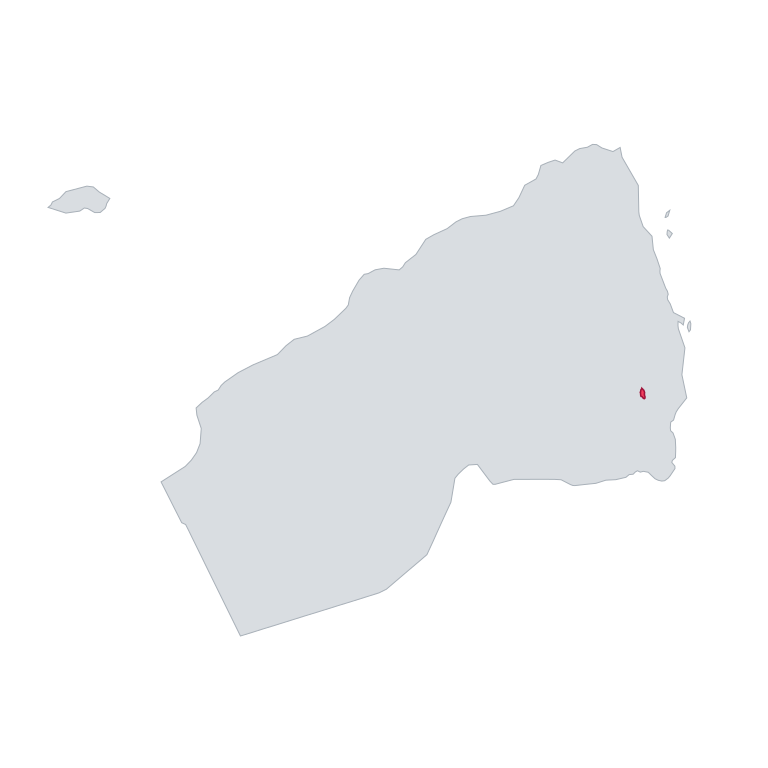 location of Al Madan, Amran, Yemen, rotated 173°
{"feature_id": "15242507B28898961635251", "entity_name": "Al Madan", "entity_type": "district", "adm_level": 2, "iso_a3": "YEM", "parent_name": "Yemen", "parent_adm1": "Amran", "projection": "equal_earth", "projection_center": [43.615, 16.232], "detail": "fine", "context": "in_parent", "style": "filled", "palette": "rose", "viewbox_px": 768, "rotation_deg": 173, "n_neighbors": 0, "source": "geoboundaries", "source_scale": "gbopen_adm2", "svg_char_len": 3985}
<svg xmlns="http://www.w3.org/2000/svg" viewBox="0 0 768 768"><g transform="rotate(173 384 384)"><path d="M617.2,314.0L591.3,326.4L584.5,331.9L578.4,338.7L573.8,347.2L570.8,362.1L573.5,375.8L573.4,383.1L566.7,388.0L560.4,391.5L553.5,396.8L549.3,398.2L545.8,402.4L541.8,405.4L527.3,413.1L511.5,419.0L486.2,426.2L476.5,434.0L467.7,439.3L454.2,440.9L435.6,448.3L425.4,454.2L412.6,463.8L409.8,466.8L407.6,473.9L403.7,480.1L396.1,490.1L390.3,495.3L386.4,495.5L378.9,498.4L370.0,498.9L355.0,495.4L351.2,497.9L348.0,501.8L336.5,508.7L324.9,522.5L316.3,526.1L302.4,530.5L292.7,536.2L286.2,538.5L277.8,539.7L262.2,539.1L247.5,541.2L233.8,545.1L227.4,552.5L220.1,564.1L208.1,569.0L205.3,573.1L201.6,581.8L193.9,584.0L186.9,585.4L179.7,581.7L166.2,592.0L161.1,593.8L153.3,594.2L147.8,596.4L143.8,595.7L138.9,591.7L128.4,586.8L120.8,590.0L120.1,580.1L107.4,550.1L110.1,524.0L110.1,520.3L107.6,508.6L100.0,498.0L100.3,484.5L97.8,474.9L95.8,465.0L96.4,462.3L96.5,460.0L92.7,444.7L91.4,441.6L91.0,438.4L92.2,436.0L92.2,433.2L90.1,428.5L88.0,419.6L77.7,412.6L79.8,406.1L81.8,408.4L84.5,410.3L85.1,406.1L85.1,402.9L80.9,383.2L87.2,356.9L85.2,333.3L94.9,323.7L97.3,320.8L98.7,318.3L101.0,312.9L104.1,311.2L105.2,305.5L105.2,302.7L103.1,300.2L101.6,293.6L102.2,285.3L102.7,281.7L103.7,275.4L107.1,273.0L107.9,271.1L105.3,267.0L105.5,264.6L111.3,257.9L113.5,255.9L117.2,253.8L120.1,253.8L123.5,255.0L126.5,256.9L129.4,260.3L132.5,264.2L137.2,265.7L140.4,265.3L143.0,267.0L145.2,266.1L147.7,264.1L151.7,264.2L155.3,261.9L165.6,260.8L175.5,261.5L185.8,259.6L196.1,259.8L206.5,259.9L208.8,260.2L211.1,261.4L219.9,267.4L226.6,268.6L239.9,270.3L254.2,272.0L266.6,273.5L277.1,272.1L285.8,270.9L288.1,271.2L290.8,274.9L296.1,284.1L301.1,292.8L309.8,293.3L315.3,290.0L321.4,285.4L325.1,281.8L329.3,267.6L332.0,258.5L338.4,248.2L343.7,239.6L350.7,228.1L354.5,221.8L362.2,209.4L369.5,204.5L383.7,195.2L397.6,186.0L406.7,180.0L414.4,177.3L427.4,174.9L442.6,172.1L457.8,169.4L474.1,166.4L492.2,163.2L504.6,160.9L520.4,158.0L533.5,155.7L545.2,153.5L557.2,151.4L559.6,158.3L562.0,165.2L564.4,172.1L566.8,179.0L569.2,185.9L571.6,192.8L574.0,199.7L576.4,206.6L578.8,213.5L581.2,220.4L583.6,227.3L586.0,234.3L588.4,241.2L590.8,248.1L593.2,255.0L595.6,262.0L598.0,268.7L601.7,271.0L604.0,277.4L607.3,286.5L610.6,295.7L613.9,304.9L617.2,314.0ZM656.8,594.3L660.0,595.2L664.9,592.7L678.9,592.4L695.9,600.2L692.7,602.3L690.9,605.1L683.5,607.7L676.2,613.7L654.8,616.6L648.5,615.0L643.2,609.2L633.5,601.6L637.3,596.8L638.1,594.6L639.4,592.4L644.8,588.8L650.2,589.4L656.8,594.3ZM84.3,500.8L83.7,502.3L82.7,501.9L79.5,498.2L83.0,494.0L84.9,497.9L84.3,500.8ZM74.2,407.7L72.6,409.2L72.1,406.5L73.2,400.4L74.9,398.7L76.0,403.2L75.3,405.7L74.2,407.7ZM82.7,519.5L79.2,521.6L81.6,516.1L84.0,514.9L84.7,515.1L82.7,519.5Z" fill="#d9dde1" stroke="#a8b0b8" stroke-width="1"/><path d="M126.9,346.2L127.0,346.3L127.3,346.5L127.5,346.7L127.7,346.9L127.7,347.0L127.8,347.1L127.9,347.4L127.9,347.5L128.1,347.6L128.2,347.8L128.4,348.0L128.6,348.3L128.8,347.6L129.1,347.5L129.2,347.4L129.3,347.4L129.5,347.3L129.6,347.0L129.8,346.7L130.0,346.1L130.0,345.9L130.1,345.5L130.2,345.3L130.3,345.0L130.3,344.9L130.5,344.9L130.7,344.6L130.6,344.3L130.6,343.8L130.5,343.4L130.5,343.0L130.5,342.6L130.6,342.4L130.6,342.0L130.6,341.6L130.6,341.2L130.6,340.8L130.4,340.5L130.3,340.3L130.0,340.3L129.9,340.2L129.5,340.1L129.3,339.9L129.1,339.5L129.0,339.4L128.8,339.0L128.7,339.0L128.7,338.6L128.2,338.3L128.0,338.0L127.8,337.9L127.6,337.7L127.3,337.7L127.0,337.9L126.7,338.2L126.6,338.6L126.6,338.8L126.6,339.0L126.5,339.3L126.5,339.5L126.5,339.8L126.6,340.0L126.6,340.3L126.7,340.5L126.8,340.7L126.8,340.8L126.8,341.0L126.8,341.3L126.9,341.5L126.9,341.8L126.8,342.0L126.8,342.3L126.7,342.3L126.7,342.5L126.6,342.8L126.6,343.0L126.5,343.3L126.5,343.5L126.4,343.6L126.4,343.8L126.4,344.0L126.5,344.2L126.5,344.3L126.5,344.5L126.6,345.2L126.8,345.4L126.8,345.5L126.9,345.8L126.9,346.0L126.9,346.2Z" fill="#f43f5e" stroke="#9f1239" stroke-width="1.5"/></g></svg>